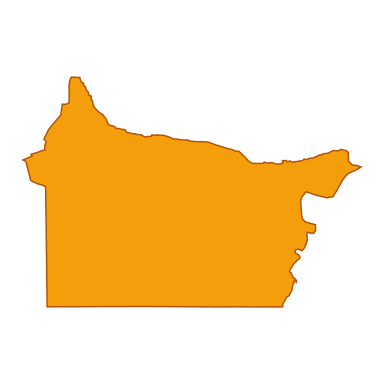 Kombo East, West Coast, Gambia (Albers equal-area conic projection)
{"feature_id": "56634734B25207283407562", "entity_name": "Kombo East", "entity_type": "district", "adm_level": 2, "iso_a3": "GMB", "parent_name": "Gambia", "parent_adm1": "West Coast", "projection": "albers", "projection_center": [-16.509, 13.25], "detail": "fine", "context": "isolated", "style": "filled", "palette": "amber", "viewbox_px": 384, "rotation_deg": 0, "n_neighbors": 0, "source": "geoboundaries", "source_scale": "gbopen_adm2", "svg_char_len": 3297}
<svg xmlns="http://www.w3.org/2000/svg" viewBox="0 0 384 384"><path d="M361.0,166.9L356.1,165.4L354.2,165.2L352.2,165.0L348.5,161.1L348.3,152.7L346.2,150.6L343.2,150.0L340.6,149.4L338.6,150.8L332.9,150.6L328.4,153.1L322.7,153.9L321.3,155.2L320.0,154.8L313.6,157.8L308.8,158.5L306.8,159.7L304.3,159.0L302.3,160.6L297.9,161.3L292.3,162.1L289.8,160.9L287.9,161.9L286.1,160.5L283.6,160.7L282.5,160.7L283.0,162.8L282.0,163.5L277.3,164.2L271.6,162.6L266.1,163.1L264.3,162.0L263.2,163.4L252.7,163.4L250.9,162.5L248.4,161.0L244.5,156.6L238.8,151.2L235.7,151.1L231.8,149.5L228.6,148.8L216.1,145.0L215.7,144.8L213.8,144.1L207.9,142.1L204.7,141.7L196.3,141.7L194.5,141.5L189.9,141.1L187.4,139.9L184.3,140.0L182.4,140.0L176.7,139.1L174.9,139.1L172.2,138.7L171.7,138.0L169.9,137.3L163.8,135.3L161.9,135.3L159.4,135.1L156.7,134.9L156.5,135.4L154.6,135.2L153.0,135.0L151.8,135.0L151.6,135.9L150.0,136.6L149.6,136.4L147.7,136.4L145.7,137.1L143.4,136.2L141.4,134.8L140.2,134.6L139.3,134.6L138.5,134.6L137.5,134.6L134.5,133.7L132.0,133.7L128.6,132.6L127.7,132.6L127.0,132.6L126.1,131.3L125.0,129.7L120.2,129.0L117.5,128.3L116.1,128.6L115.4,127.4L114.3,126.5L112.7,125.9L111.5,125.6L110.9,125.5L109.7,125.2L108.6,124.5L106.7,121.1L106.5,119.3L104.4,117.0L103.0,114.7L101.0,113.6L99.2,112.4L97.6,110.9L95.1,108.3L93.9,106.6L94.0,106.4L93.3,105.3L92.4,100.7L91.2,99.3L91.2,96.1L88.7,95.0L88.5,92.7L87.6,91.1L86.0,89.8L85.9,87.7L83.4,84.5L83.6,83.1L82.1,82.7L80.7,80.6L79.7,77.4L78.3,77.4L71.3,77.1L69.8,80.5L69.4,82.9L69.1,84.6L69.2,97.2L69.2,98.3L68.8,103.1L65.6,104.3L62.3,104.2L60.8,114.9L60.7,115.1L50.7,126.9L49.6,128.4L48.5,129.7L47.6,131.6L47.0,132.7L45.9,135.1L43.9,139.1L46.2,141.5L45.2,144.6L45.1,144.9L44.9,145.6L44.8,146.4L44.8,146.9L44.8,147.6L44.8,148.5L44.8,150.2L43.8,150.1L41.7,150.7L39.4,151.7L38.2,152.1L35.9,152.9L35.3,153.0L31.0,154.4L32.1,156.0L28.3,157.8L25.9,158.7L24.6,159.2L23.0,160.0L25.5,161.2L26.3,162.1L26.5,163.2L26.3,163.3L27.3,167.4L27.5,167.8L28.6,172.2L29.2,174.4L30.1,178.2L30.6,180.0L30.9,180.5L31.6,180.8L32.2,181.3L32.7,181.6L33.2,181.8L34.9,182.5L36.2,183.2L36.8,183.4L37.1,183.6L38.0,184.0L38.7,184.1L39.5,184.2L40.3,184.6L40.6,184.7L41.3,184.8L42.3,185.1L44.5,186.2L45.6,186.5L45.9,208.7L46.1,220.7L46.1,222.1L46.2,228.0L46.2,234.1L46.4,243.0L46.4,249.2L46.6,258.3L46.7,272.8L46.8,279.9L46.9,285.5L47.0,295.5L47.1,306.2L47.1,306.8L68.5,306.7L82.0,306.7L99.6,306.6L129.5,306.5L138.5,306.5L152.0,306.5L180.3,306.7L197.9,306.8L214.5,306.9L232.7,306.8L257.7,306.9L282.4,306.9L283.2,303.4L284.8,300.5L286.6,297.2L288.9,295.8L290.7,292.2L291.5,291.3L291.8,291.0L291.8,290.8L292.2,288.0L292.9,284.6L294.0,283.2L293.3,282.1L294.2,280.9L296.3,282.1L296.3,281.7L296.3,280.4L294.9,278.6L293.1,277.3L292.4,275.9L291.2,272.9L289.6,271.8L289.8,270.2L291.4,267.7L292.0,266.7L293.4,264.2L297.3,260.3L299.8,258.5L299.8,256.4L297.5,254.1L295.2,252.8L295.0,250.7L296.1,249.6L298.1,249.1L302.0,250.7L304.0,248.4L306.1,244.2L307.4,239.9L306.9,235.5L307.1,232.3L310.3,233.0L313.5,233.4L315.5,230.7L315.5,227.5L315.5,224.7L311.2,223.6L305.0,221.8L302.0,218.2L301.6,213.4L301.1,207.9L300.6,201.9L301.5,197.6L306.0,191.8L310.0,193.1L317.5,195.5L326.8,197.8L332.9,196.8L336.8,190.6L341.9,181.2L345.1,176.6L348.7,173.2L356.7,169.7L361.0,166.9Z" fill="#f59e0b" stroke="#b45309" stroke-width="1.5"/></svg>